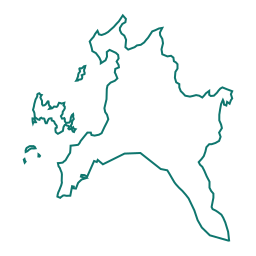 the district of Kota Kinabalu, Sabah, Malaysia
{"feature_id": "92858781B89121228142422", "entity_name": "Kota Kinabalu", "entity_type": "district", "adm_level": 2, "iso_a3": "MYS", "parent_name": "Malaysia", "parent_adm1": "Sabah", "projection": "natural_earth1", "projection_center": [116.103, 6.0], "detail": "fine", "context": "isolated", "style": "outline", "palette": "teal", "viewbox_px": 256, "rotation_deg": 0, "n_neighbors": 0, "source": "geoboundaries", "source_scale": "gbopen_adm2", "svg_char_len": 4845}
<svg xmlns="http://www.w3.org/2000/svg" viewBox="0 0 256 256"><path d="M75.9,188.6L78.1,182.9L79.6,181.4L81.7,179.5L85.9,178.2L80.9,176.6L81.4,174.9L84.5,175.1L87.2,176.6L94.1,161.0L96.8,162.0L97.7,159.9L102.9,164.3L124.5,153.6L140.4,153.0L160.7,169.0L167.3,170.3L169.2,173.4L172.1,178.4L174.4,182.3L176.0,184.4L179.0,187.7L182.4,190.9L185.8,194.8L188.6,198.4L194.3,210.3L197.6,220.1L201.8,227.5L209.8,235.3L228.4,240.6L229.1,240.5L228.1,231.7L226.5,226.4L225.3,222.5L223.2,217.7L221.4,214.7L218.0,212.1L215.7,210.6L212.6,209.1L211.6,207.0L212.3,203.4L213.4,197.8L213.4,193.6L211.1,190.9L209.5,187.7L209.5,181.7L206.7,176.3L204.3,170.7L202.3,166.8L200.0,164.7L198.7,162.1L201.5,159.1L203.8,156.1L205.4,151.6L206.4,147.2L209.2,144.2L211.6,144.2L215.4,143.0L219.1,140.9L220.6,136.8L219.1,132.6L221.9,128.1L221.1,124.6L219.3,120.4L219.3,114.7L220.1,109.4L221.1,104.0L222.9,99.9L223.7,101.7L224.0,104.6L226.3,105.5L227.1,101.9L229.6,103.7L230.9,100.2L232.2,98.4L230.9,94.2L232.2,91.2L226.8,89.2L222.4,87.4L220.3,88.6L218.5,90.6L217.0,92.7L213.9,95.7L210.8,96.0L209.2,94.8L209.2,90.9L205.9,93.3L204.3,95.4L202.3,97.5L199.2,95.7L196.1,95.1L192.7,96.0L189.9,96.6L185.2,95.7L182.4,92.7L180.8,91.2L179.3,87.4L179.3,84.1L176.2,82.3L174.9,77.8L175.4,71.9L177.5,68.6L177.5,64.2L175.9,62.4L173.9,61.2L173.4,57.6L171.0,55.8L167.4,56.4L162.3,54.3L161.5,49.3L163.0,43.3L162.3,38.9L160.2,35.3L159.9,32.6L162.3,27.9L158.9,28.5L155.3,30.2L152.2,31.4L148.1,37.7L146.0,40.1L144.2,42.4L140.8,44.8L137.0,45.4L134.6,47.2L128.2,49.6L125.4,47.2L126.1,39.8L124.3,35.6L121.5,33.5L119.9,30.2L119.9,27.9L122.3,24.0L125.4,22.2L125.9,18.9L122.8,15.4L120.5,18.9L118.9,21.3L116.6,23.7L113.7,27.0L110.4,29.9L108.1,32.0L105.0,33.8L101.6,35.0L99.0,34.4L97.5,30.8L95.2,33.8L93.6,36.8L91.5,39.2L89.7,41.5L90.8,44.8L91.8,48.4L92.3,51.1L95.9,53.1L99.3,57.6L100.8,60.9L100.8,63.3L105.5,60.3L107.0,56.7L106.8,52.0L109.6,49.9L115.8,52.8L118.1,54.9L118.6,58.5L116.6,61.5L118.6,65.0L118.9,67.4L115.3,68.9L114.8,72.5L115.5,73.7L117.4,78.4L114.8,80.8L110.6,82.6L107.5,85.6L106.8,88.9L106.5,99.3L104.4,108.2L105.2,112.1L107.0,114.7L108.3,119.2L106.8,122.5L104.4,127.2L101.6,133.2L99.0,134.7L94.6,135.6L91.5,135.0L90.8,132.6L87.4,132.6L83.5,137.4L80.7,140.9L79.4,143.3L78.1,144.8L76.1,145.1L70.6,145.7L70.4,149.9L70.1,152.8L68.3,155.5L65.5,160.3L64.0,161.4L62.7,162.6L60.6,162.9L57.9,163.1L58.6,166.4L59.8,167.9L60.7,170.4L61.6,172.5L61.9,174.4L61.7,180.8L61.9,182.7L61.2,185.4L60.2,187.9L59.3,190.2L58.3,192.3L57.6,194.9L57.4,196.6L60.2,197.8L60.6,197.4L63.1,195.5L64.4,195.4L66.4,195.8L70.3,195.7L72.1,186.2L73.8,186.6L73.5,188.3L75.9,188.6ZM42.1,104.4L42.0,102.2L42.0,100.8L41.0,98.9L40.4,97.5L41.0,96.0L41.7,95.0L40.9,94.8L40.2,94.5L39.4,93.3L38.3,93.6L37.3,94.4L37.3,96.1L36.6,97.7L35.6,99.4L35.0,101.6L34.3,104.1L34.0,106.1L33.5,108.1L33.0,109.9L33.9,111.6L34.4,113.0L34.6,114.7L34.7,116.4L35.1,117.3L36.8,118.6L38.1,119.5L39.5,119.8L40.1,118.3L41.3,117.7L42.4,118.6L43.8,118.4L44.4,118.9L44.9,121.1L45.7,123.2L46.8,123.2L47.5,121.4L48.2,119.8L48.9,118.8L50.3,118.3L51.5,118.3L51.8,120.5L53.5,121.0L54.4,122.0L54.9,123.6L55.3,123.9L56.7,125.8L56.8,127.6L55.5,128.2L55.4,130.0L55.7,132.0L56.6,132.9L57.9,133.8L60.1,132.6L62.9,130.9L63.5,127.1L64.7,125.0L65.8,124.7L66.8,125.5L68.3,125.9L69.4,126.6L68.3,128.6L69.2,129.4L70.5,129.0L71.8,129.3L72.8,131.5L74.0,132.0L74.7,130.3L75.6,129.2L74.0,128.8L73.6,128.4L73.2,127.3L72.2,128.2L71.3,127.3L70.9,125.4L71.9,123.9L72.0,122.5L72.5,120.6L73.8,119.0L73.1,116.9L73.3,115.5L73.1,114.1L72.0,115.0L71.4,116.2L70.8,117.7L70.6,119.7L70.2,121.4L69.4,122.5L66.4,122.9L65.8,122.8L64.8,121.0L64.8,119.0L64.3,118.1L63.0,118.6L62.0,118.6L60.9,116.1L61.8,115.0L62.6,113.8L62.7,111.9L63.3,110.9L64.1,109.8L64.8,108.3L64.7,106.5L63.5,105.5L64.0,104.3L64.3,102.8L63.0,103.2L61.6,103.6L60.2,103.0L59.0,102.8L58.3,104.4L57.6,106.0L56.7,106.9L54.1,106.5L53.3,107.3L52.1,108.3L50.5,108.6L49.3,108.8L50.0,107.8L50.9,107.2L50.1,106.2L49.3,105.8L48.7,104.1L48.7,102.6L48.4,101.4L47.7,101.4L46.2,103.7L45.4,104.7L44.1,105.4L42.9,105.5L42.1,104.4ZM84.8,68.2L85.3,66.0L83.9,66.3L83.1,67.2L82.0,68.1L81.0,68.5L80.0,68.2L79.4,68.6L79.5,69.8L80.1,71.1L79.5,72.4L78.7,73.1L78.2,74.7L78.1,76.3L77.4,78.0L77.0,79.2L77.0,79.4L76.2,80.7L78.0,80.5L78.8,79.7L80.9,79.4L82.0,78.6L82.3,76.9L81.7,75.2L82.9,74.7L84.5,74.1L84.7,72.9L84.1,71.4L84.1,69.6L84.8,68.2ZM33.4,146.1L32.0,146.2L31.1,146.1L29.6,146.2L26.7,147.9L26.1,149.0L25.6,150.5L25.7,152.0L27.4,151.2L28.9,149.8L30.7,148.7L31.8,148.4L33.8,148.5L35.5,148.3L34.7,146.8L33.4,146.1ZM35.1,120.5L34.5,119.0L33.8,118.4L32.5,118.4L32.5,119.2L32.6,120.5L32.7,122.0L33.0,123.2L33.4,122.1L34.9,122.3L35.9,122.2L35.1,120.5ZM25.6,161.6L24.9,160.5L24.5,159.0L23.8,159.6L24.3,161.5L24.7,162.7L25.6,161.6ZM40.0,155.9L39.2,154.8L38.5,154.3L38.5,155.4L38.4,156.5L39.5,156.6L40.0,155.9Z" fill="none" stroke="#0f766e" stroke-width="2"/></svg>